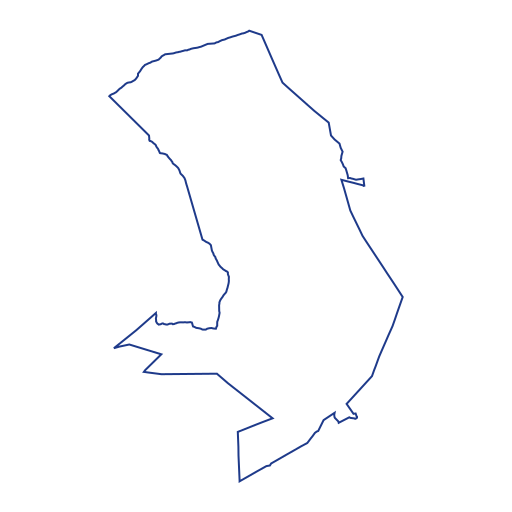 the district of Tapalapa, Chiapas, Mexico
{"feature_id": "50627088B95959525466025", "entity_name": "Tapalapa", "entity_type": "district", "adm_level": 2, "iso_a3": "MEX", "parent_name": "Mexico", "parent_adm1": "Chiapas", "projection": "orthographic", "projection_center": [-93.122, 17.217], "detail": "fine", "context": "isolated", "style": "outline", "palette": "blue", "viewbox_px": 512, "rotation_deg": 0, "n_neighbors": 0, "source": "geoboundaries", "source_scale": "gbopen_adm2", "svg_char_len": 5476}
<svg xmlns="http://www.w3.org/2000/svg" viewBox="0 0 512 512"><path d="M239.6,481.3L256.4,471.7L266.4,466.1L269.9,465.5L271.1,463.5L286.6,454.6L294.0,450.4L301.3,446.2L307.3,443.0L311.0,438.1L312.4,436.4L314.9,432.9L316.8,431.5L318.2,431.0L323.6,420.1L334.6,412.8L334.2,414.9L334.5,417.0L334.9,417.9L338.4,421.5L338.7,422.8L349.3,417.3L350.4,417.9L354.3,418.4L355.1,418.8L355.7,418.7L357.0,417.7L357.0,416.8L356.7,416.6L355.6,413.5L353.5,413.8L352.8,412.8L346.6,403.9L361.7,387.4L372.0,376.1L374.1,370.2L375.7,366.1L377.9,360.0L379.3,356.2L382.0,350.0L385.9,341.1L388.5,335.1L392.5,326.2L394.8,319.7L397.0,313.2L400.4,303.5L402.7,297.0L397.5,289.0L394.1,283.8L390.4,278.2L387.0,273.1L383.5,267.7L380.0,262.4L376.5,257.1L373.2,252.1L369.5,246.5L366.0,241.2L362.5,235.8L359.5,229.5L357.2,224.8L353.1,216.4L350.3,210.5L346.5,197.0L344.0,188.2L341.4,179.8L348.4,181.6L353.3,182.8L357.4,183.9L362.9,185.3L363.6,185.9L364.3,185.7L363.4,178.5L360.4,179.1L358.8,179.3L357.5,179.5L356.4,179.7L355.5,179.6L354.5,179.3L352.9,178.8L351.4,178.5L350.0,178.0L348.1,178.2L347.7,175.2L346.4,170.7L345.6,168.2L343.7,166.5L342.9,164.3L341.9,162.2L340.7,160.1L341.2,158.3L341.4,155.9L342.6,151.7L340.7,147.8L339.5,143.6L334.6,139.5L331.0,135.5L328.7,122.6L323.0,118.0L314.3,110.9L307.4,104.8L294.9,93.7L291.5,90.7L287.0,86.7L282.5,82.6L278.8,74.3L276.3,68.6L272.0,58.8L266.4,45.9L261.6,34.9L249.2,30.7L248.1,31.5L246.5,32.1L245.1,32.8L243.1,33.4L242.0,33.5L240.7,34.0L239.3,34.5L237.6,35.0L236.2,35.6L234.8,36.0L233.5,36.3L232.1,36.7L230.1,37.4L229.3,37.6L228.6,37.8L228.0,38.0L227.5,38.2L226.5,38.7L225.9,38.9L225.0,39.4L223.9,39.7L222.1,40.1L219.7,41.2L218.1,42.1L216.4,42.4L214.6,43.4L207.7,43.9L205.5,44.8L203.6,45.6L201.0,46.7L199.0,47.2L197.7,47.6L196.0,47.9L193.7,48.2L191.9,48.6L190.5,49.0L189.6,49.5L188.4,49.7L187.2,50.3L185.1,50.3L183.1,50.9L181.5,51.3L180.3,51.7L178.9,51.9L178.1,52.2L177.1,52.3L176.0,52.5L174.8,52.9L173.6,53.3L172.4,53.5L170.5,53.7L165.1,54.3L164.5,54.7L163.7,55.2L162.9,55.6L162.4,55.9L161.9,56.2L161.4,56.6L161.1,57.2L160.6,57.7L160.1,58.2L159.5,58.7L159.0,59.3L158.6,59.6L157.9,59.9L157.0,60.2L156.2,60.5L155.1,60.8L153.6,61.2L153.0,61.3L152.2,61.6L151.7,61.7L150.5,62.6L149.6,62.9L148.7,63.2L147.9,63.6L146.5,64.3L145.0,64.9L143.9,66.1L142.8,67.1L141.5,68.9L140.0,71.3L138.9,72.6L138.0,73.7L138.0,75.8L137.0,77.3L136.1,78.6L134.7,80.1L132.7,81.2L131.9,81.7L131.3,82.0L130.5,82.3L129.4,82.4L128.3,82.6L127.4,82.8L126.4,83.4L125.3,84.1L123.9,85.5L122.9,86.3L122.2,86.9L121.4,87.7L120.2,88.4L119.3,89.1L118.5,89.9L117.4,91.0L116.1,92.2L114.3,93.2L113.7,93.6L112.8,93.9L112.2,94.1L111.1,94.7L110.4,95.1L109.3,96.2L149.0,135.5L149.3,138.5L149.2,139.7L149.3,140.0L149.7,140.9L149.9,140.9L150.6,141.0L151.0,141.3L151.4,141.5L151.9,141.7L152.2,141.9L152.6,142.3L153.4,143.1L153.7,143.3L154.3,143.8L155.0,144.3L155.6,144.9L155.7,145.0L155.9,145.4L156.0,145.6L156.0,145.8L156.5,146.8L157.0,147.6L157.8,148.5L158.4,149.6L158.4,149.9L158.6,150.2L158.8,150.5L159.2,151.4L159.3,151.6L159.4,151.9L159.6,152.3L159.8,152.9L160.0,153.1L161.0,153.3L161.8,153.3L165.0,154.0L165.3,154.3L166.8,154.8L167.7,156.4L168.0,156.5L168.2,157.0L168.7,157.6L170.0,159.1L170.5,159.6L171.0,160.1L171.6,161.1L172.3,161.9L172.5,162.8L172.9,163.4L173.4,163.9L174.4,164.6L175.2,165.2L175.8,165.7L177.4,167.2L177.7,167.5L178.3,168.2L178.7,169.0L179.2,169.9L179.6,170.9L180.1,172.5L180.4,173.3L180.7,173.8L182.8,175.8L184.5,178.1L185.4,180.4L186.1,183.3L186.2,183.5L186.6,185.0L186.9,185.8L202.5,239.7L202.6,239.8L202.8,239.9L203.3,240.0L206.3,242.0L207.8,242.6L209.4,243.6L209.9,244.1L210.9,245.2L211.3,247.4L211.7,249.5L211.9,250.5L212.4,251.7L213.4,253.5L213.6,254.6L214.1,255.5L215.3,257.0L215.7,258.5L216.8,260.4L217.5,262.0L218.7,264.6L219.6,265.6L220.2,266.5L221.0,267.2L221.2,267.5L221.9,268.0L222.7,268.8L222.9,269.1L223.5,269.5L225.3,270.6L225.7,270.8L225.8,271.0L227.0,271.5L227.9,272.4L227.9,274.2L228.9,276.8L228.8,278.9L228.8,279.9L228.9,280.9L228.7,282.6L228.5,283.7L227.8,286.5L227.5,287.8L227.0,289.2L226.3,291.8L225.4,293.2L224.8,293.7L224.2,294.5L223.7,295.0L222.3,297.3L221.8,297.9L220.6,299.6L219.8,301.3L219.4,302.5L219.4,303.7L219.1,305.2L219.2,310.8L219.2,311.0L219.6,312.8L219.0,316.1L218.7,317.4L217.9,320.1L217.3,321.6L217.2,322.7L217.2,322.8L217.2,323.5L217.2,325.8L216.6,326.6L216.4,327.2L215.9,328.7L214.6,328.6L214.4,328.6L213.7,328.5L213.0,328.4L211.5,328.0L210.5,328.1L209.4,328.2L207.2,328.7L205.8,329.6L203.0,329.6L202.3,329.5L200.8,328.7L199.6,328.4L198.0,328.1L196.4,327.9L195.9,327.7L195.0,327.2L193.9,326.7L193.1,326.5L192.9,326.0L192.8,325.7L192.4,324.3L192.2,323.4L191.8,322.5L191.5,322.5L190.4,322.1L188.9,322.3L188.0,322.3L187.1,322.5L184.9,322.2L184.2,322.3L183.0,322.4L182.0,322.3L180.2,322.3L179.7,322.4L179.1,322.4L177.3,322.8L176.2,323.3L175.3,323.5L174.2,324.0L172.8,324.2L172.7,324.1L172.2,323.7L171.2,323.6L170.4,323.7L169.6,323.7L168.4,324.2L167.2,324.6L165.9,324.5L165.7,324.4L164.9,324.2L164.0,324.1L163.4,323.6L162.8,323.4L162.2,323.5L161.7,323.7L160.8,324.2L160.4,324.3L158.7,324.6L158.3,324.2L157.5,323.7L156.8,322.8L156.3,321.8L156.1,321.4L156.1,320.0L155.9,318.5L156.1,317.5L156.4,315.8L156.3,314.8L155.9,314.1L155.9,313.0L136.3,330.2L113.9,348.2L119.4,346.6L129.3,344.5L161.3,354.3L160.4,355.2L145.3,370.0L143.9,371.9L146.3,372.2L146.7,372.3L161.4,374.2L216.9,373.7L227.9,383.2L272.6,418.3L261.8,422.4L255.9,424.7L237.8,431.9L238.1,439.3L238.4,446.9L238.5,455.4L239.6,480.7L239.6,481.3Z" fill="none" stroke="#1e3a8a" stroke-width="2"/></svg>